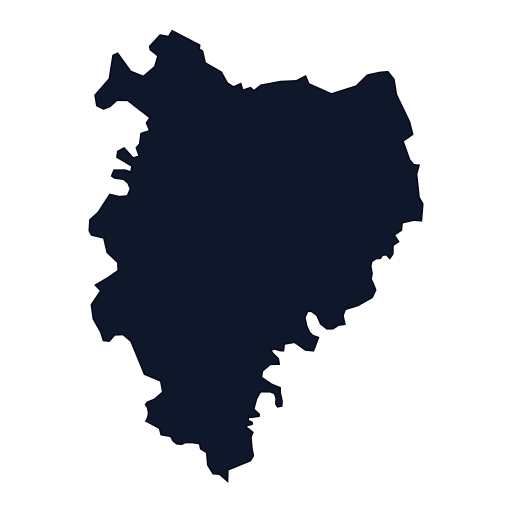 outline of Minas de Corrales, Rivera, Uruguay
{"feature_id": "84410073B24709911994057", "entity_name": "Minas de Corrales", "entity_type": "district", "adm_level": 2, "iso_a3": "URY", "parent_name": "Uruguay", "parent_adm1": "Rivera", "projection": "albers", "projection_center": [-55.503, -31.525], "detail": "fine", "context": "isolated", "style": "filled", "palette": "ink", "viewbox_px": 512, "rotation_deg": 0, "n_neighbors": 0, "source": "geoboundaries", "source_scale": "gbopen_adm2", "svg_char_len": 2523}
<svg xmlns="http://www.w3.org/2000/svg" viewBox="0 0 512 512"><path d="M162.7,392.1L154.4,399.3L147.2,402.2L145.5,404.6L147.5,407.5L148.6,413.1L147.5,418.1L145.8,421.0L159.5,428.3L161.1,434.7L170.7,436.4L172.9,440.7L176.6,443.8L181.4,444.3L185.4,442.6L192.5,442.6L199.5,443.6L200.7,448.9L206.6,452.5L207.8,465.2L213.1,473.7L219.4,474.2L227.6,481.3L227.9,469.9L250.4,460.7L253.4,455.8L252.0,448.6L251.0,437.0L252.9,432.4L248.7,429.0L246.6,427.6L246.5,425.8L248.6,425.1L251.3,424.6L252.4,423.9L252.3,422.7L251.2,421.8L248.9,420.9L248.1,419.4L248.6,417.5L252.7,417.2L256.5,416.6L259.0,416.3L259.2,414.2L256.5,411.7L253.8,409.2L256.6,398.7L260.5,391.8L270.2,391.8L274.5,393.5L276.1,398.1L275.8,404.1L277.6,406.9L281.8,406.0L282.1,401.1L280.3,392.9L280.2,387.7L271.5,384.2L261.4,377.3L262.5,371.0L270.2,364.4L279.3,364.2L278.3,358.6L273.0,353.5L270.8,350.3L274.5,348.9L279.8,350.6L283.5,350.8L284.3,344.1L294.5,342.3L305.6,350.1L313.5,350.8L318.5,337.5L312.8,335.5L309.4,332.1L306.6,325.7L304.9,317.5L307.7,311.3L311.5,311.4L316.9,315.4L320.6,323.9L326.9,328.9L332.9,328.8L338.4,325.2L344.9,324.3L343.0,315.6L345.3,309.4L358.0,305.5L372.2,297.4L375.7,290.0L373.2,283.4L371.1,279.1L372.1,273.6L370.8,265.9L371.8,261.4L376.2,258.6L380.5,258.4L382.4,255.2L386.5,254.8L389.8,258.5L392.9,253.9L393.0,245.4L398.6,241.7L394.3,235.0L401.4,230.2L402.2,222.8L413.6,220.2L421.5,220.8L422.8,203.9L419.1,197.4L416.6,173.9L419.1,165.2L413.6,164.7L409.6,159.7L403.0,141.1L412.7,134.3L409.6,122.0L396.4,94.5L394.0,79.4L387.9,71.7L379.8,72.4L367.3,75.1L356.3,86.0L331.4,93.9L308.8,83.8L305.6,76.0L296.4,80.8L280.6,81.5L260.9,85.2L253.9,90.7L250.6,87.6L242.8,90.2L240.8,83.6L233.4,86.9L227.4,83.0L221.3,72.1L205.3,62.9L202.5,51.0L199.3,49.2L199.7,45.1L172.1,30.7L168.6,36.6L160.1,35.0L149.6,46.4L150.2,49.7L157.9,55.8L154.8,66.6L143.4,76.4L130.7,71.3L117.6,53.2L113.0,55.4L109.3,78.8L95.0,95.2L96.8,105.7L103.5,109.0L109.9,106.6L116.7,100.4L127.6,100.4L150.0,117.8L146.4,122.8L149.7,130.7L141.0,133.5L139.6,144.0L136.3,147.7L139.2,156.1L133.1,158.0L124.1,147.9L117.7,151.4L116.9,157.2L131.9,166.1L130.9,172.0L125.2,170.1L114.0,170.1L111.6,176.0L114.4,178.0L123.6,179.3L128.0,183.0L130.4,188.9L127.3,195.9L119.2,196.6L109.8,194.4L98.2,212.3L89.9,219.8L89.2,230.7L91.6,235.1L103.8,238.0L107.1,252.4L117.8,262.5L118.1,270.6L107.7,277.8L95.3,285.1L100.7,290.8L91.3,304.8L93.3,319.0L100.9,332.4L103.3,340.5L109.2,341.2L114.7,334.9L123.1,334.6L130.9,341.2L144.5,374.3L160.7,381.0L162.7,392.1Z" fill="#0f172a" stroke="#020617" stroke-width="1.5"/></svg>